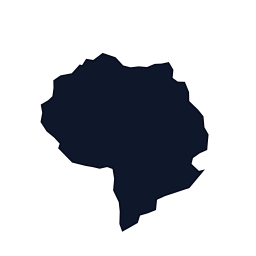 Iksan-si, North Jeolla, South Korea, rotated 317°
{"feature_id": "91817680B56582975498752", "entity_name": "Iksan-si", "entity_type": "district", "adm_level": 2, "iso_a3": "KOR", "parent_name": "South Korea", "parent_adm1": "North Jeolla", "projection": "orthographic", "projection_center": [126.986, 36.019], "detail": "fine", "context": "isolated", "style": "filled", "palette": "ink", "viewbox_px": 256, "rotation_deg": 317, "n_neighbors": 0, "source": "geoboundaries", "source_scale": "gbopen_adm2", "svg_char_len": 910}
<svg xmlns="http://www.w3.org/2000/svg" viewBox="0 0 256 256"><g transform="rotate(317 128 128)"><path d="M135.6,49.4L124.0,50.4L119.1,47.3L114.2,44.2L106.2,43.0L101.3,48.5L94.6,54.0L88.4,54.0L80.5,52.2L76.2,58.9L68.8,64.4L66.9,74.9L68.2,84.7L68.1,93.3L63.8,95.7L63.9,97.6L64.3,114.9L71.7,126.3L76.2,132.2L80.0,137.9L86.7,141.8L89.6,147.5L83.8,156.2L75.2,163.9L71.3,176.3L65.5,184.0L56.9,192.7L54.6,198.1L54.0,199.4L70.3,203.3L77.1,199.4L84.8,203.3L92.4,206.2L100.1,199.4L108.8,202.3L132.1,213.0L153.7,210.3L149.9,208.2L149.2,197.2L154.8,193.5L163.4,194.7L170.8,197.2L176.3,192.2L181.8,187.3L183.7,179.3L190.4,170.7L191.0,162.7L190.4,149.8L196.5,143.0L200.2,133.2L195.3,128.3L194.0,121.5L200.2,116.0L202.0,108.0L195.9,104.3L190.9,100.0L183.0,97.0L177.4,90.8L170.7,85.9L166.4,79.2L166.4,68.1L160.2,56.5L148.6,55.3L144.3,49.7L136.9,51.6L135.6,49.4Z" fill="#0f172a" stroke="#020617" stroke-width="1.5"/></g></svg>